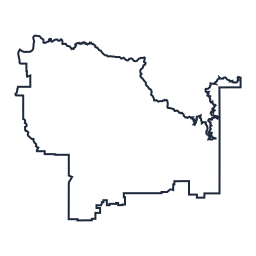 Dardanup, Western Australia, Australia
{"feature_id": "25037944B56639802047851", "entity_name": "Dardanup", "entity_type": "district", "adm_level": 2, "iso_a3": "AUS", "parent_name": "Australia", "parent_adm1": "Western Australia", "projection": "mercator", "projection_center": [115.891, -33.416], "detail": "fine", "context": "isolated", "style": "outline", "palette": "slate", "viewbox_px": 256, "rotation_deg": 0, "n_neighbors": 0, "source": "geoboundaries", "source_scale": "gbopen_adm2", "svg_char_len": 5709}
<svg xmlns="http://www.w3.org/2000/svg" viewBox="0 0 256 256"><path d="M23.2,119.0L24.1,119.3L24.7,119.9L25.3,121.1L24.8,123.0L26.2,123.8L26.7,125.2L26.5,126.2L25.0,126.9L25.2,128.1L25.0,129.5L25.6,130.9L26.6,130.8L28.3,132.3L27.8,134.5L28.0,135.6L31.6,138.9L33.1,138.9L33.6,139.2L33.4,140.3L34.3,142.5L35.8,143.7L36.2,144.5L35.9,146.2L37.1,147.1L38.4,147.6L38.3,148.0L36.9,149.8L36.9,151.2L44.7,151.2L44.7,154.1L55.3,154.2L55.3,154.8L68.8,154.8L68.8,175.6L72.1,176.9L68.8,182.5L68.7,219.2L77.6,219.2L77.5,220.4L91.8,220.3L91.8,218.8L95.4,218.8L95.4,212.9L100.1,212.9L100.1,208.0L96.5,208.0L96.5,205.2L101.0,205.3L102.1,202.9L101.9,202.2L103.4,202.2L103.4,200.2L106.8,200.2L106.9,205.2L109.5,205.2L109.5,203.9L116.0,203.9L116.0,203.0L118.1,203.0L118.1,205.1L122.3,205.1L122.3,204.5L125.0,204.5L125.0,197.2L123.8,197.2L123.8,193.2L161.5,193.2L161.5,192.0L167.2,192.0L169.9,189.6L172.1,189.5L173.2,190.0L173.2,184.4L174.4,184.4L174.4,181.2L189.0,181.1L189.0,194.6L196.9,194.6L196.9,197.7L204.3,197.7L204.4,193.4L219.5,193.4L219.6,124.8L219.4,87.4L240.6,87.3L240.6,77.7L239.9,77.9L238.8,76.9L237.7,77.3L237.6,77.5L238.0,79.1L238.5,80.0L237.6,80.3L237.6,81.4L236.9,82.2L235.6,82.6L234.6,82.3L233.9,82.5L233.2,82.1L232.4,82.2L232.1,81.2L232.2,80.9L230.0,81.4L230.2,80.9L229.9,80.5L227.2,79.6L225.8,77.8L225.2,77.4L223.8,77.7L223.5,78.2L223.2,78.2L223.1,78.6L221.5,78.7L220.3,78.4L219.4,77.5L219.5,78.1L219.2,78.7L218.5,78.8L217.7,79.5L217.0,80.5L216.9,81.2L215.0,82.6L215.0,83.4L215.5,83.9L214.3,83.6L213.9,83.9L213.0,83.6L211.4,83.7L210.5,83.4L210.6,85.3L209.8,86.3L209.8,87.3L208.0,88.8L205.8,88.9L205.6,89.2L205.5,89.7L205.8,90.5L205.7,91.3L206.3,92.1L208.6,91.9L207.8,93.1L208.5,93.3L208.5,93.9L207.4,95.6L208.4,96.1L210.3,96.2L210.3,96.5L209.8,96.9L209.5,97.9L210.4,99.5L210.0,100.5L210.1,101.3L211.1,102.5L212.4,101.6L212.5,102.6L213.3,104.4L213.7,104.8L214.9,104.7L215.6,105.3L214.3,106.6L214.2,107.4L213.4,108.1L212.7,108.3L212.2,109.0L212.5,109.5L214.5,110.1L214.7,110.4L213.4,111.0L213.2,112.6L212.2,111.5L211.5,111.5L210.7,112.9L210.8,113.5L212.1,115.3L216.9,116.2L217.7,116.7L217.8,117.4L217.4,118.5L216.2,117.6L214.9,117.3L212.9,118.1L212.1,117.9L211.7,118.5L212.1,119.2L211.6,119.8L210.9,119.8L210.4,119.1L209.3,119.0L209.0,119.2L209.0,119.6L208.2,120.3L208.3,120.9L208.7,121.3L210.6,122.5L211.2,122.2L210.4,123.2L210.3,124.5L210.5,125.0L211.1,125.1L211.4,125.5L210.9,125.6L210.4,126.1L210.1,127.9L210.8,128.9L210.3,129.4L210.2,130.3L209.7,130.8L209.4,131.7L208.7,131.8L208.5,132.2L209.6,133.5L211.2,132.8L212.5,132.5L210.6,134.2L210.3,134.6L210.4,134.9L211.1,134.9L211.8,136.2L211.8,136.8L212.6,137.5L214.1,137.7L215.2,138.4L216.5,138.3L215.7,138.5L213.1,138.6L212.6,138.9L212.3,139.4L210.7,139.6L210.4,139.2L209.7,139.0L208.4,139.4L208.5,138.8L210.0,137.2L209.7,136.4L208.5,135.8L208.1,134.7L206.9,134.3L206.4,133.6L206.3,131.8L206.7,130.4L207.3,129.7L207.6,128.2L207.1,126.8L207.3,126.2L205.6,124.1L206.0,122.7L205.7,122.2L203.2,122.2L201.8,123.3L201.7,121.3L201.2,120.5L201.0,118.6L199.8,117.8L199.8,117.3L200.4,116.7L200.6,115.4L198.8,116.3L196.8,116.7L196.7,118.5L197.0,119.1L196.7,120.2L196.5,120.5L195.8,120.5L195.5,120.8L195.5,121.6L196.0,122.4L195.2,123.6L194.8,124.7L194.4,124.3L193.7,124.3L194.2,123.7L194.5,122.6L194.3,121.6L193.6,120.9L194.2,119.3L192.8,119.3L192.3,118.5L191.8,118.4L192.8,117.3L190.4,117.3L189.3,116.7L187.6,117.9L187.2,117.9L186.4,117.2L185.4,117.4L183.8,115.8L183.5,114.2L182.3,113.4L182.0,112.8L180.6,113.2L180.1,112.8L179.2,112.8L178.9,112.1L177.3,110.6L174.8,111.0L174.2,110.4L174.1,109.4L173.5,109.1L169.5,107.9L168.7,108.1L167.9,107.9L167.3,106.8L167.7,105.4L167.7,103.1L167.3,100.8L166.5,100.0L164.6,100.5L164.3,100.5L164.2,100.0L162.0,101.2L160.1,101.1L158.7,101.6L158.1,101.5L156.6,100.2L155.2,100.5L154.1,100.4L154.0,99.0L153.2,97.0L152.5,95.8L151.2,94.9L151.1,94.3L151.7,92.0L151.3,90.4L150.5,89.3L149.3,88.9L148.9,88.5L148.2,87.0L146.4,85.5L145.8,84.3L145.9,82.6L143.6,80.1L143.1,79.2L140.6,76.7L140.3,75.9L140.5,75.1L141.6,74.0L141.4,73.6L140.8,73.5L140.4,72.6L140.3,71.1L140.4,69.9L141.0,69.2L142.2,68.4L143.0,67.3L143.4,65.4L145.1,64.6L145.5,63.5L145.5,62.7L144.3,62.3L143.9,61.7L144.8,58.8L144.7,57.6L144.4,57.4L142.4,58.0L141.0,57.8L140.1,58.4L139.0,58.6L136.9,60.8L136.3,61.1L134.8,61.2L134.1,61.0L132.9,59.8L132.7,59.2L131.3,58.4L130.6,58.4L129.7,58.9L129.2,58.9L128.2,60.3L127.5,60.5L125.5,59.6L123.6,57.7L121.5,58.6L120.7,58.2L120.3,57.5L119.3,57.0L115.8,57.1L114.0,56.5L112.7,56.6L110.5,56.2L108.0,56.5L107.0,55.4L105.9,55.5L105.0,55.1L104.0,54.5L102.4,53.0L101.0,50.8L99.7,50.4L98.8,49.7L97.4,47.7L96.6,47.7L95.3,47.0L95.3,45.6L94.4,45.2L93.1,43.9L92.5,44.0L91.7,43.7L91.1,42.8L90.4,43.4L89.8,42.8L89.3,43.7L88.1,43.7L87.5,44.5L86.5,43.9L85.5,43.8L85.7,43.1L84.9,42.5L83.8,42.3L83.3,43.1L82.4,42.7L81.9,43.5L81.1,43.9L80.8,43.3L80.1,43.3L79.6,43.0L79.4,43.6L77.4,43.0L75.3,44.3L76.0,45.4L75.4,45.7L75.4,46.9L74.4,47.5L73.8,48.8L73.4,49.0L73.0,48.4L71.7,49.1L69.9,46.5L66.9,45.7L65.8,43.8L62.5,44.0L62.3,43.5L62.5,42.0L62.3,40.9L61.7,39.7L61.1,39.3L60.6,39.5L60.2,40.3L58.8,40.8L58.0,40.5L57.3,39.5L55.8,39.5L54.0,40.3L52.7,41.4L51.9,41.7L50.9,41.0L51.1,39.6L50.9,39.0L50.0,38.8L49.3,39.1L49.0,39.6L49.0,41.0L48.7,41.5L47.3,41.7L45.5,42.8L44.3,42.9L43.5,42.7L43.4,42.4L43.5,40.3L43.3,39.5L40.9,38.0L40.4,37.0L39.5,36.2L35.0,35.6L33.9,36.2L33.3,37.2L33.3,38.4L34.2,41.5L33.7,43.2L33.2,48.7L32.7,49.7L31.7,50.8L30.2,51.7L28.9,51.9L26.7,51.8L24.3,52.0L22.1,51.2L19.9,49.6L18.7,51.4L18.2,53.8L19.6,60.7L19.5,62.6L20.4,63.6L26.4,63.6L26.4,71.2L26.9,71.2L26.9,75.9L27.2,76.7L30.3,75.5L30.3,86.8L17.9,86.8L17.8,88.2L17.2,89.1L17.3,90.3L16.7,92.7L15.6,93.7L15.4,94.4L16.0,95.4L23.2,95.5L23.2,119.0Z" fill="none" stroke="#1e293b" stroke-width="2"/></svg>